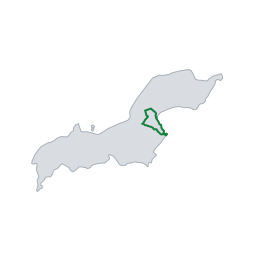 Dedza highlighted on a map of Malawi, rotated 254°
{"feature_id": "MWI-1907", "entity_name": "Dedza", "entity_type": "District", "adm_level": 1, "iso_a3": "MWI", "parent_name": "Malawi", "parent_adm1": "", "projection": "mercator", "projection_center": [34.115, -14.229], "detail": "fine", "context": "in_parent", "style": "outline", "palette": "green", "viewbox_px": 256, "rotation_deg": 254, "n_neighbors": 0, "source": "natural_earth", "source_scale": "10m", "svg_char_len": 4357}
<svg xmlns="http://www.w3.org/2000/svg" viewBox="0 0 256 256"><g transform="rotate(254 128 128)"><path d="M99.5,147.5L98.1,145.6L96.9,146.1L95.3,147.5L94.4,147.8L94.0,147.8L93.7,147.4L93.3,146.6L92.1,144.0L90.7,142.2L89.2,141.5L88.0,140.7L88.5,139.9L89.1,139.3L88.8,138.7L88.1,137.8L85.5,136.6L85.5,136.0L87.8,135.0L89.3,133.7L90.3,132.4L91.5,129.7L92.6,127.0L93.3,126.1L93.6,124.3L93.4,122.3L93.9,119.7L94.2,117.3L93.4,116.4L92.7,114.7L93.5,111.9L94.7,110.0L100.6,108.0L104.7,106.2L105.5,105.4L106.9,103.9L107.7,102.4L107.1,101.9L103.9,101.9L103.1,101.3L100.8,96.0L102.1,90.0L102.2,87.6L102.2,84.7L101.8,82.5L100.8,81.6L100.1,80.5L100.3,77.3L101.3,76.9L103.3,72.8L104.2,70.3L103.1,68.4L101.9,65.6L101.4,63.8L101.1,63.2L101.9,62.1L103.3,61.0L104.8,60.7L106.4,60.2L111.6,55.1L111.6,54.1L110.7,52.3L108.8,49.7L108.4,48.6L108.1,45.5L107.4,44.6L104.6,42.5L102.4,40.2L103.1,38.0L103.4,35.5L102.4,34.2L100.8,32.8L99.8,30.7L99.3,29.2L98.1,28.6L96.9,28.6L96.1,29.5L95.2,29.4L94.1,29.1L93.7,27.8L93.6,26.4L92.9,25.4L92.1,24.1L92.1,23.3L92.5,23.1L93.5,23.0L97.6,25.7L100.1,25.8L102.9,26.3L105.3,28.7L106.5,29.0L108.1,28.7L112.6,28.5L114.4,28.8L116.7,30.2L117.6,30.4L119.1,30.4L119.3,30.1L119.5,29.2L119.2,27.6L119.6,26.7L120.5,25.7L122.9,26.8L129.0,32.0L129.2,32.7L133.1,37.8L134.4,40.0L134.4,41.2L135.6,45.7L135.9,47.8L135.6,49.4L135.7,50.7L136.1,52.5L136.0,53.3L137.4,56.0L138.0,58.3L138.2,60.5L137.8,62.6L136.6,65.8L136.3,67.1L136.6,68.2L137.4,69.5L138.7,70.8L139.7,72.5L140.4,74.4L141.0,75.3L141.7,75.2L143.0,75.5L144.1,76.7L145.3,78.5L145.7,80.7L145.9,81.6L142.4,81.6L138.0,81.9L136.9,82.8L136.6,84.6L135.2,88.5L134.4,89.9L132.8,92.6L130.5,96.2L130.0,97.4L130.1,98.7L131.4,103.7L132.9,109.0L133.3,111.0L134.3,118.0L134.9,123.0L135.0,125.9L135.4,129.8L136.7,131.9L138.0,133.2L143.0,134.0L144.5,135.0L147.3,137.5L153.5,144.4L156.9,148.8L159.9,152.7L165.2,159.9L169.3,165.5L169.8,170.7L170.5,171.5L169.1,175.4L168.2,181.7L168.9,185.9L168.6,193.1L167.8,200.7L166.9,203.4L165.7,204.5L162.8,205.3L156.4,206.2L155.5,207.1L154.7,208.6L153.4,212.2L151.9,215.7L151.4,217.2L151.7,217.6L153.0,219.4L154.4,224.1L154.6,232.0L154.2,232.6L152.3,233.0L150.3,232.9L149.4,232.4L148.7,231.5L148.1,229.8L149.5,228.6L149.9,226.6L149.1,224.8L147.4,224.4L145.2,222.8L140.6,217.4L136.7,213.7L134.5,210.6L132.2,209.4L131.6,208.6L131.0,207.3L131.0,205.4L131.2,204.0L130.5,202.5L128.2,200.1L127.1,198.7L127.1,197.2L128.0,195.6L130.0,193.7L131.5,190.0L132.0,187.5L134.8,182.6L135.2,178.3L135.3,174.9L135.1,172.3L134.4,167.1L133.9,163.5L130.5,158.7L129.3,158.3L126.1,158.7L123.3,159.4L121.9,160.4L119.8,160.4L114.3,161.3L112.5,161.6L111.5,162.5L111.0,162.7L107.5,159.0L104.5,155.1L100.6,148.4L99.5,147.5ZM139.6,96.0L138.6,96.2L138.0,95.7L138.2,94.3L138.5,93.2L139.4,93.1L140.1,93.4L140.5,93.8L140.5,94.6L140.3,95.4L139.6,96.0ZM137.5,93.4L137.0,94.8L135.9,94.8L134.9,93.5L135.2,92.5L136.2,92.2L137.0,92.6L137.5,93.4Z" fill="#d9dde1" stroke="#a8b0b8" stroke-width="1"/><path d="M111.7,163.7L111.2,163.6L110.9,163.3L110.7,162.9L110.5,162.5L111.0,162.2L111.2,161.9L111.5,161.7L112.3,160.6L112.4,160.3L112.4,159.1L112.5,158.7L112.7,158.3L112.8,158.0L113.1,157.7L113.4,157.5L115.2,156.6L115.5,156.4L115.9,156.0L116.4,155.6L116.7,155.5L117.2,155.6L117.5,155.5L118.1,155.2L118.4,155.2L118.6,155.2L118.8,155.1L119.0,154.9L119.2,154.4L119.3,153.2L119.4,152.8L119.6,152.5L120.0,152.3L121.0,152.2L121.3,152.0L121.6,151.7L121.9,151.4L122.2,151.0L122.6,150.7L123.0,150.3L123.3,149.5L123.5,149.2L123.7,148.8L124.1,148.4L124.4,147.9L124.8,147.5L125.0,147.2L125.8,145.8L125.9,145.5L126.0,145.2L126.4,144.9L127.1,144.4L127.6,143.9L128.1,143.1L129.2,144.8L130.8,146.4L131.2,146.8L132.1,148.4L132.9,149.7L133.4,150.1L133.7,150.3L133.8,150.2L134.5,149.5L134.6,149.4L134.8,149.3L134.9,149.2L135.1,149.2L140.0,149.3L140.3,154.3L140.3,155.4L138.2,156.7L136.2,158.2L134.7,158.9L134.3,159.0L134.0,158.9L133.7,158.7L133.3,158.5L133.1,158.3L132.9,158.2L132.7,158.1L132.1,158.0L131.5,157.9L131.3,157.9L131.2,158.0L130.9,158.2L130.6,158.4L130.4,158.1L129.6,157.7L129.4,157.8L129.2,157.9L129.0,158.1L128.8,158.2L128.6,158.2L128.2,158.2L125.4,159.1L123.5,159.2L122.6,159.6L122.4,159.8L122.1,160.5L121.9,160.7L119.1,160.3L118.4,160.3L117.6,160.5L116.1,161.4L115.4,161.7L114.6,161.6L113.2,160.5L112.6,160.7L112.2,161.3L112.0,162.1L112.0,163.0L111.9,163.5L111.7,163.7Z" fill="none" stroke="#15803d" stroke-width="2"/></g></svg>